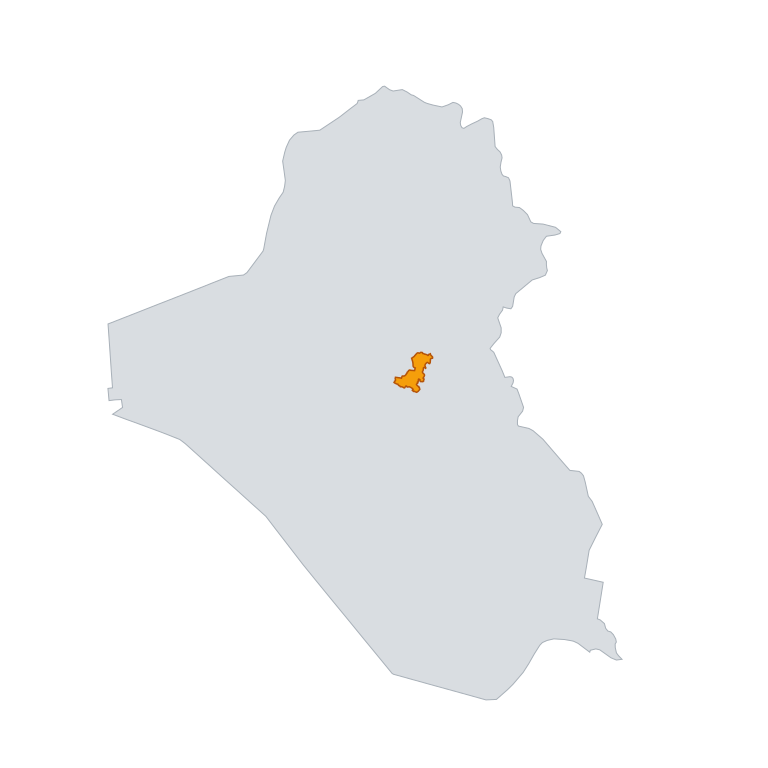 Al-Kadhmiyah, Sala ad-Din, Iraq shown in context, rotated 10°
{"feature_id": "34846034B5863384083959", "entity_name": "Al-Kadhmiyah", "entity_type": "district", "adm_level": 2, "iso_a3": "IRQ", "parent_name": "Iraq", "parent_adm1": "Sala ad-Din", "projection": "natural_earth1", "projection_center": [44.187, 33.463], "detail": "fine", "context": "in_parent", "style": "filled", "palette": "amber", "viewbox_px": 768, "rotation_deg": 10, "n_neighbors": 0, "source": "geoboundaries", "source_scale": "gbopen_adm2", "svg_char_len": 7020}
<svg xmlns="http://www.w3.org/2000/svg" viewBox="0 0 768 768"><g transform="rotate(10 384 384)"><path d="M309.3,109.2L314.8,107.7L325.0,99.3L331.0,91.3L332.9,90.6L338.3,93.2L342.1,93.9L350.9,90.9L356.2,92.5L360.6,94.5L363.0,94.7L374.9,99.6L377.8,100.2L383.9,100.8L393.0,101.1L398.9,97.8L403.0,94.7L406.0,94.8L408.8,95.6L411.1,96.9L413.2,99.2L414.1,102.5L413.7,113.2L414.6,116.0L416.2,118.0L418.3,118.4L420.7,116.1L425.1,112.7L430.4,109.0L434.4,105.7L436.6,104.4L440.2,104.6L443.7,105.2L445.6,106.8L445.7,107.3L447.5,112.3L452.2,130.9L454.9,133.3L458.0,135.3L460.1,138.1L461.0,140.8L460.7,145.2L460.8,150.2L462.1,154.0L463.8,157.0L465.5,158.4L467.9,158.6L470.8,159.3L472.8,162.2L479.1,183.4L479.7,186.2L482.3,187.1L486.7,186.7L491.1,188.9L495.9,192.3L500.4,198.8L503.4,199.9L512.8,198.9L525.7,199.9L531.7,203.3L531.1,205.3L526.5,207.6L518.3,210.3L515.9,214.9L514.6,220.8L514.9,224.2L516.9,227.9L522.7,235.1L523.1,237.8L524.1,241.4L525.2,243.9L524.0,248.8L518.8,252.2L511.9,255.8L498.1,272.1L497.1,275.6L497.2,285.2L495.9,287.9L491.5,287.9L488.0,287.4L487.9,290.7L485.7,295.2L484.5,299.1L489.6,308.3L490.5,313.2L489.8,317.7L485.1,325.3L482.3,330.5L482.9,331.6L486.6,333.7L498.2,350.6L501.9,356.5L506.8,354.9L508.6,355.0L510.0,356.0L510.9,358.0L510.9,360.5L509.7,364.3L515.9,365.9L518.2,369.7L525.5,382.8L525.2,386.7L521.8,393.0L521.8,397.1L522.5,400.8L523.7,402.1L534.4,402.6L538.9,404.1L550.1,410.8L562.7,421.1L573.1,429.6L582.0,436.8L591.4,436.2L594.0,437.6L596.4,439.8L599.2,445.7L604.7,459.1L609.4,463.5L616.6,474.2L623.3,484.3L619.1,497.9L614.9,512.1L615.1,530.4L615.1,540.3L624.2,540.7L634.3,541.2L634.5,552.9L634.7,564.7L634.9,578.2L637.9,578.8L642.7,581.7L644.7,586.1L647.3,588.4L650.4,588.8L653.4,591.0L656.5,594.9L657.6,597.8L656.8,599.9L657.5,603.4L659.6,608.5L662.2,610.9L666.2,613.8L660.8,615.5L655.0,614.2L642.6,608.3L638.6,608.1L633.4,610.4L633.2,612.4L620.1,605.7L615.3,604.4L613.6,604.3L606.2,604.3L595.5,605.5L589.2,608.2L584.9,611.1L583.0,613.9L582.3,615.4L578.9,623.7L575.1,634.3L571.1,643.9L563.2,657.3L558.8,663.5L549.5,675.1L539.3,677.4L515.6,675.1L489.3,672.6L463.2,670.1L443.7,668.2L442.2,667.6L423.0,651.1L407.8,638.1L388.9,621.8L369.5,605.2L350.0,588.4L335.8,576.1L318.6,560.4L302.9,546.1L290.6,534.8L274.7,524.9L262.3,517.1L244.3,505.9L230.0,496.9L217.7,489.2L198.7,477.3L192.5,474.1L172.8,470.1L154.1,466.7L134.8,463.3L122.0,460.9L130.6,452.5L128.1,444.9L121.9,446.3L116.1,448.1L112.9,436.3L117.3,434.9L113.4,419.5L109.5,403.7L105.7,388.4L101.8,372.8L118.2,362.8L130.5,355.3L147.6,344.8L164.2,334.7L179.9,325.1L197.1,314.5L212.6,305.0L226.7,301.1L229.7,298.1L236.2,285.2L241.8,274.1L242.1,271.6L242.2,255.9L243.4,237.5L245.3,227.7L248.5,219.0L251.4,212.6L251.8,206.7L251.5,200.7L248.6,191.6L245.5,182.1L246.0,173.0L246.6,168.1L248.6,160.3L252.0,154.5L255.5,151.0L268.8,147.4L276.7,145.2L287.3,135.1L293.6,129.1L302.3,119.5L308.8,112.5L309.3,110.1L309.3,109.2Z" fill="#d9dde1" stroke="#a8b0b8" stroke-width="1"/><path d="M425.4,356.0L425.6,355.5L425.8,354.8L425.7,354.0L425.6,352.8L425.4,352.0L425.5,351.2L425.9,350.8L426.6,350.5L427.3,350.2L427.3,349.6L427.2,349.3L427.1,348.9L426.7,348.7L426.2,348.2L425.9,348.0L425.5,347.7L425.0,347.3L424.7,347.0L424.4,346.2L423.9,346.6L423.6,346.7L423.2,346.8L423.0,347.1L422.8,347.9L422.7,348.1L422.3,348.3L421.2,347.7L420.4,347.6L420.0,347.6L419.8,347.5L419.5,347.5L419.3,347.5L418.8,347.6L418.2,347.3L417.8,347.2L417.4,347.2L416.8,347.2L416.6,346.7L416.4,346.5L416.1,346.3L415.9,346.3L415.5,346.4L415.0,346.4L414.6,346.5L414.3,346.7L414.1,347.1L413.8,347.4L413.4,347.6L413.1,347.5L412.5,347.4L412.1,347.4L411.5,347.6L411.1,348.0L410.6,348.7L410.2,349.4L409.7,350.2L409.4,350.6L409.2,351.2L408.9,351.6L408.7,351.8L408.6,352.0L408.4,352.2L407.8,352.7L407.5,353.1L407.2,353.4L406.7,353.8L407.0,354.3L407.5,355.4L408.3,356.8L408.3,357.0L408.8,358.1L408.9,358.5L409.0,359.0L409.2,359.7L409.4,360.7L409.6,361.3L409.7,361.5L409.8,361.8L410.3,362.2L410.6,362.4L411.0,362.6L411.3,362.7L412.0,362.8L411.8,365.5L411.5,365.5L410.5,365.6L410.3,365.7L409.4,365.7L408.6,365.8L408.4,365.9L408.1,365.9L407.8,365.9L407.5,365.9L407.3,365.9L407.1,365.7L406.5,365.9L406.2,366.2L406.0,366.5L405.7,366.9L405.7,367.3L405.3,367.9L405.1,368.1L404.7,368.5L404.8,369.1L404.8,369.3L404.6,369.6L404.5,369.8L404.2,370.1L404.2,370.5L404.0,370.9L404.0,371.0L403.7,371.4L403.4,371.8L403.2,372.1L402.9,372.4L402.6,372.5L402.4,372.6L402.1,372.7L401.7,372.8L400.9,372.9L400.6,373.0L400.5,373.3L400.4,373.6L400.4,373.8L400.3,374.3L400.3,374.6L400.2,375.2L399.5,375.2L398.8,375.2L396.7,375.3L395.9,375.3L394.1,375.4L394.1,377.0L394.5,377.6L394.7,378.1L394.6,378.5L394.4,378.9L394.3,379.3L394.1,379.6L393.9,379.6L393.9,379.9L394.0,380.1L393.6,380.7L394.0,381.0L394.3,381.1L394.6,381.2L395.0,381.4L395.5,381.5L395.9,381.6L396.2,381.7L396.7,381.8L397.2,381.8L397.7,381.8L397.8,382.0L398.4,382.6L398.5,382.8L398.9,383.0L399.1,383.0L399.3,382.9L399.7,383.0L400.0,383.3L400.2,383.5L400.4,383.8L400.6,383.9L400.8,383.8L400.9,383.7L401.3,383.7L401.5,383.7L402.1,383.7L402.5,383.7L402.8,383.7L403.2,383.9L403.8,384.1L404.2,384.3L404.6,384.3L405.0,384.2L405.2,383.8L405.4,383.1L405.7,382.6L405.8,382.3L406.1,382.1L406.4,382.2L406.5,382.2L406.7,382.4L406.8,382.6L407.1,382.5L407.4,382.8L407.6,382.9L407.9,382.9L408.2,382.8L408.5,382.6L408.8,382.5L409.4,382.3L410.1,382.5L410.4,382.6L410.6,382.6L411.1,382.8L412.1,383.2L413.0,383.6L413.3,384.0L413.6,384.3L413.5,384.6L413.0,385.0L412.9,385.2L414.3,386.2L414.5,386.2L414.8,385.9L415.2,385.9L415.8,386.2L416.1,386.3L416.6,386.3L417.2,386.4L417.6,386.5L417.8,386.3L418.1,386.1L418.3,385.9L418.9,385.3L419.2,384.8L419.6,384.1L420.2,383.1L420.1,382.9L420.0,382.6L419.9,382.4L419.8,382.1L419.6,381.6L419.3,381.3L418.8,381.1L418.8,380.9L418.8,380.6L418.7,380.4L418.3,380.4L418.0,380.3L417.7,380.2L417.2,379.9L416.6,379.4L416.2,379.1L416.0,378.8L416.1,378.5L416.3,378.2L416.5,377.8L416.9,377.5L417.1,377.2L417.2,376.9L416.8,376.7L416.6,376.6L416.6,376.3L416.8,376.0L417.0,375.8L417.2,375.6L417.3,375.3L417.4,375.1L417.4,374.9L417.3,374.7L417.1,374.4L417.1,374.2L417.2,373.7L417.1,373.4L417.2,373.2L417.3,373.1L417.5,373.1L417.9,373.2L418.1,373.3L418.3,373.4L418.6,373.5L418.8,373.7L418.8,373.9L418.9,374.2L418.9,374.5L419.1,374.8L419.2,375.0L419.5,375.2L419.7,375.3L420.1,375.2L420.9,375.1L421.4,375.1L421.8,374.9L422.1,374.8L422.2,374.6L422.3,374.3L422.5,374.1L422.4,374.0L422.3,373.8L422.3,373.6L422.4,373.1L422.6,372.6L422.6,372.3L422.5,372.1L422.2,371.8L421.8,371.6L421.5,371.5L421.5,371.2L421.8,370.6L422.1,369.8L422.3,369.1L422.4,368.5L422.3,368.0L421.9,367.5L421.2,366.9L420.3,366.4L419.9,365.9L419.7,365.3L419.8,365.1L420.0,364.4L420.2,363.7L420.2,363.2L420.1,362.3L420.0,361.4L420.1,361.1L420.4,360.8L420.6,360.7L420.9,360.8L421.3,360.9L421.8,361.1L422.2,361.4L422.3,361.3L422.4,361.1L422.4,360.8L422.0,360.3L421.9,360.1L421.4,359.3L421.1,358.6L421.2,357.8L421.3,357.3L421.6,356.7L422.1,356.0L422.4,355.5L422.8,355.2L423.1,355.2L423.4,355.3L423.8,355.5L424.2,355.7L424.8,356.0L425.4,356.0Z" fill="#f59e0b" stroke="#b45309" stroke-width="1.5"/></g></svg>